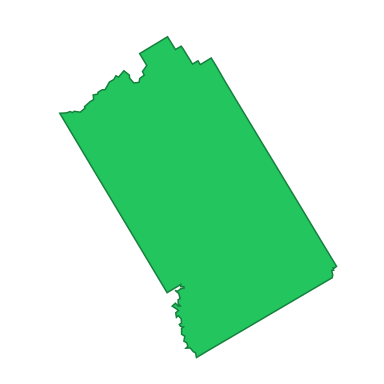 outline of Uintah, Utah, United States of America, rotated 329°
{"feature_id": "52423323B93932790335790", "entity_name": "Uintah", "entity_type": "district", "adm_level": 2, "iso_a3": "USA", "parent_name": "United States of America", "parent_adm1": "Utah", "projection": "robinson", "projection_center": [-109.611, 40.16], "detail": "fine", "context": "isolated", "style": "filled", "palette": "green", "viewbox_px": 384, "rotation_deg": 329, "n_neighbors": 0, "source": "geoboundaries", "source_scale": "gbopen_adm2", "svg_char_len": 1284}
<svg xmlns="http://www.w3.org/2000/svg" viewBox="0 0 384 384"><g transform="rotate(329 192 192)"><path d="M277.3,178.6L277.2,132.4L277.3,121.9L277.2,120.9L277.3,112.6L277.6,96.1L277.5,88.9L277.5,87.0L264.7,87.1L264.7,82.6L258.3,82.6L258.1,64.4L257.8,61.4L251.2,61.4L251.0,46.3L218.4,46.4L218.4,60.3L211.6,63.2L211.3,67.2L205.6,67.8L203.1,70.8L198.2,68.5L197.2,62.1L198.5,59.6L196.1,53.0L188.2,55.7L186.7,53.2L182.9,55.3L177.9,55.2L170.3,59.5L167.5,58.1L162.9,58.1L161.5,59.5L157.3,57.9L155.3,62.1L151.0,62.1L143.8,63.5L143.4,65.1L137.3,66.0L132.7,62.2L130.4,62.3L129.0,60.3L125.1,59.5L119.2,56.4L119.0,121.1L119.0,159.9L118.8,265.5L134.8,265.5L133.5,267.3L136.3,269.0L135.8,270.3L132.4,269.1L128.6,269.7L126.8,267.6L128.4,272.2L126.9,277.3L124.6,277.2L122.6,280.7L123.4,283.7L121.5,282.9L120.5,278.8L116.2,279.6L119.5,286.5L115.8,287.2L114.1,291.4L116.6,291.0L117.4,295.3L115.4,299.0L112.9,299.0L112.9,301.1L115.2,303.3L112.8,303.5L109.8,308.6L111.5,311.9L108.2,315.7L109.8,318.5L109.1,322.0L106.4,322.8L110.1,324.7L110.9,329.7L112.2,331.5L110.6,336.2L122.7,336.2L268.0,337.7L269.9,335.7L271.3,331.3L273.2,332.0L273.8,329.8L274.4,330.6L277.6,330.2L277.5,296.1L277.5,251.1L277.4,212.6L277.3,187.3L277.3,187.2L277.3,178.6Z" fill="#22c55e" stroke="#15803d" stroke-width="1.5"/></g></svg>